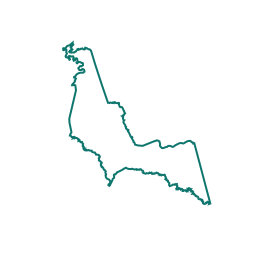 Matupá, Mato Grosso, Brazil (Natural Earth projection), rotated 70°
{"feature_id": "56859067B29352512721224", "entity_name": "Matupá", "entity_type": "district", "adm_level": 2, "iso_a3": "BRA", "parent_name": "Brazil", "parent_adm1": "Mato Grosso", "projection": "natural_earth1", "projection_center": [-54.414, -9.981], "detail": "fine", "context": "isolated", "style": "outline", "palette": "teal", "viewbox_px": 256, "rotation_deg": 70, "n_neighbors": 0, "source": "geoboundaries", "source_scale": "gbopen_adm2", "svg_char_len": 5885}
<svg xmlns="http://www.w3.org/2000/svg" viewBox="0 0 256 256"><g transform="rotate(70 128 128)"><path d="M165.0,70.9L164.9,72.1L163.6,72.1L163.1,73.1L161.9,73.5L161.4,73.9L160.9,75.4L160.8,77.3L161.5,81.0L161.3,81.7L160.3,83.0L159.9,85.0L160.4,89.4L161.0,91.0L161.0,92.6L159.3,94.4L158.7,95.9L158.6,96.3L159.1,97.7L158.9,98.6L158.9,101.9L158.4,103.0L156.3,104.0L155.1,103.9L153.8,103.2L152.7,103.3L151.5,103.0L150.3,103.9L149.4,105.3L149.6,106.3L149.4,107.4L149.8,120.3L147.8,124.6L146.1,127.0L143.7,127.0L142.8,127.7L141.9,127.3L139.1,128.0L138.2,127.1L137.5,127.5L137.2,128.4L132.3,128.7L131.1,129.2L130.5,129.2L130.4,128.6L130.1,128.3L128.1,129.9L127.6,130.0L127.1,130.0L126.3,129.4L125.6,129.9L124.5,129.6L121.5,130.4L120.4,130.0L119.5,128.9L119.2,129.4L118.7,129.6L116.3,129.3L116.1,128.9L115.6,128.7L115.1,129.1L115.2,128.4L114.9,128.0L114.4,128.3L113.3,125.7L111.5,126.1L110.8,125.8L110.4,126.1L107.7,126.2L106.3,126.6L106.0,127.6L105.3,128.5L102.7,128.5L101.6,127.9L101.2,128.1L101.0,129.6L100.0,131.4L99.5,131.3L99.1,131.8L99.2,132.3L99.6,132.7L98.9,133.2L99.3,133.7L99.2,134.2L98.0,135.9L98.2,136.9L97.8,137.2L97.5,138.2L78.1,137.8L57.1,137.1L42.8,136.3L42.2,136.5L41.0,137.1L40.6,138.1L38.7,139.6L37.9,140.7L38.3,141.0L38.9,140.6L39.3,142.0L38.9,143.0L37.6,143.6L37.7,145.3L37.3,145.7L37.6,146.2L37.6,147.8L37.2,148.1L36.7,147.9L36.6,148.4L37.3,148.9L37.5,149.9L38.4,151.0L38.3,151.7L38.6,153.1L38.1,153.8L37.8,155.5L37.5,155.9L36.9,155.9L37.0,156.8L36.3,157.2L36.0,156.5L35.5,156.2L35.4,155.6L35.8,155.1L35.2,154.7L35.5,154.2L35.2,153.4L33.3,154.2L32.5,154.3L32.0,153.8L32.1,153.0L31.6,152.9L31.6,152.4L31.0,151.6L31.1,151.0L30.8,150.8L29.5,151.2L28.9,150.9L30.3,154.7L30.1,156.9L31.5,159.3L31.4,160.4L30.9,161.4L31.2,161.8L32.5,162.2L32.9,161.8L32.7,159.8L33.0,159.3L33.5,159.1L35.6,160.1L37.0,159.9L39.2,162.1L40.3,162.0L41.3,160.5L42.1,160.0L43.8,159.7L43.7,159.1L41.8,159.1L40.5,159.5L40.3,159.1L40.3,158.2L41.5,156.8L41.8,155.2L43.1,154.9L44.4,156.0L46.2,156.0L46.2,154.6L45.2,154.2L44.8,153.3L44.8,152.7L45.5,152.1L48.7,152.8L48.8,153.9L49.0,154.1L49.4,153.9L49.8,153.7L49.1,151.5L49.9,150.1L50.9,149.5L51.3,148.5L51.9,148.3L53.7,148.9L54.1,150.8L53.5,151.5L53.5,152.0L54.3,153.2L54.6,154.0L54.9,154.3L56.9,153.9L57.6,151.6L57.0,151.0L57.1,150.4L57.6,149.8L58.2,149.4L59.6,149.4L60.2,149.7L60.7,151.1L59.8,153.5L59.6,155.6L60.0,157.9L61.3,159.6L61.5,161.1L62.1,161.4L62.5,160.8L63.7,160.0L64.9,161.2L65.0,161.7L66.0,161.9L66.5,162.4L68.0,165.4L68.7,165.9L69.0,164.9L68.8,164.4L69.9,162.9L74.8,164.0L99.2,180.0L103.1,181.2L112.7,182.6L114.6,184.8L115.1,185.1L115.2,184.6L117.2,184.0L117.6,183.0L117.9,183.2L118.3,182.6L118.6,182.9L118.5,182.2L118.9,181.5L118.5,181.8L118.2,181.3L119.0,180.9L119.4,181.2L119.4,180.4L119.9,179.5L120.5,179.0L121.2,179.0L122.2,178.5L122.0,178.1L122.4,178.0L122.5,178.8L123.1,179.0L123.0,178.2L123.2,177.8L123.7,178.2L124.8,177.3L125.2,177.3L125.4,176.9L125.3,176.6L125.7,176.4L125.6,176.0L127.2,175.9L127.6,175.6L128.4,176.3L129.0,176.2L129.3,176.6L130.1,176.1L130.4,176.6L131.5,176.1L131.9,176.5L132.2,176.0L132.4,176.9L132.9,176.9L133.6,175.9L134.0,176.2L134.4,175.9L134.7,174.9L134.5,174.5L135.1,174.2L135.0,173.0L135.8,171.9L136.1,171.9L136.9,169.8L138.4,169.8L139.8,167.5L140.2,167.6L141.0,167.1L142.0,167.2L143.2,164.8L143.6,164.9L144.4,164.3L144.9,164.5L145.2,164.3L146.0,164.8L145.9,165.2L146.5,165.9L147.5,165.9L148.5,166.4L149.4,165.8L149.8,165.3L150.4,165.3L151.4,164.5L152.3,165.0L152.4,165.7L152.8,165.9L153.5,166.2L154.0,165.9L154.4,166.2L155.7,166.1L156.0,165.9L156.0,165.3L156.9,165.2L157.2,164.9L159.0,164.9L159.4,164.3L161.1,163.7L161.9,164.5L164.2,164.4L164.5,164.6L164.6,165.2L166.5,165.6L168.3,165.2L169.9,163.5L171.5,162.9L173.4,163.4L174.5,165.7L175.0,166.0L175.5,165.7L176.0,165.2L175.5,164.5L171.9,160.7L171.0,160.1L170.4,159.3L170.2,158.3L169.5,157.8L167.4,157.4L166.9,156.8L167.3,155.6L166.7,154.8L166.3,153.8L165.8,153.3L165.9,152.4L165.3,147.2L164.8,146.0L164.8,144.6L164.6,143.8L164.7,143.4L165.7,142.7L166.6,141.5L167.7,139.1L167.6,138.2L169.3,136.0L169.5,134.6L170.2,134.1L169.9,133.7L170.4,133.4L170.7,132.3L171.1,131.9L170.8,130.7L171.1,130.1L172.6,129.6L173.1,128.7L174.0,128.5L175.1,128.8L175.2,129.2L175.9,128.7L176.0,128.2L177.0,127.1L176.8,125.8L177.7,124.5L177.3,123.0L177.8,122.8L177.9,121.4L178.3,121.5L178.6,121.1L178.9,121.3L179.3,121.1L179.3,120.3L179.7,120.2L179.6,119.0L179.9,118.8L179.7,118.3L180.1,117.6L180.1,117.0L179.7,116.5L180.7,115.2L181.8,114.6L182.2,114.9L182.6,113.9L183.0,114.1L183.0,113.6L183.9,113.0L183.5,112.2L184.1,111.4L184.4,109.6L185.1,109.4L185.6,109.7L187.1,109.3L187.7,109.6L188.1,109.4L188.4,109.6L188.9,110.4L189.7,109.9L189.6,109.3L190.5,109.3L191.2,108.5L192.1,108.9L193.8,108.0L195.7,108.9L196.1,108.6L196.9,108.6L196.9,106.0L196.2,104.7L196.5,104.9L196.9,104.3L196.9,103.6L197.4,103.3L197.0,102.4L197.4,101.3L198.2,101.8L199.0,101.4L199.7,101.9L200.1,101.7L200.5,101.8L201.5,103.3L201.8,102.9L201.7,102.3L202.0,101.8L202.5,101.8L202.7,102.3L202.9,101.8L202.8,100.9L201.9,100.7L202.2,100.1L202.8,99.9L203.2,99.5L204.0,99.4L203.6,98.2L204.0,97.9L204.4,97.9L205.1,97.4L205.9,98.1L206.1,97.7L205.8,97.3L206.0,96.8L206.0,95.5L206.3,95.0L206.6,95.3L207.8,94.6L207.7,94.1L207.9,93.7L206.8,93.3L207.2,93.0L207.2,92.4L205.5,92.6L206.0,91.4L205.5,91.2L205.7,90.8L206.1,90.7L206.8,89.8L206.9,90.2L207.3,90.0L207.7,90.3L209.0,89.8L209.3,90.3L209.8,89.4L209.6,88.9L210.2,88.7L210.4,89.3L211.2,89.0L211.8,89.8L211.9,89.1L212.4,89.0L212.3,88.5L212.7,88.2L213.3,88.3L214.6,87.4L214.9,87.7L215.7,87.2L215.8,86.6L216.5,85.8L217.5,85.7L218.5,86.1L218.9,85.8L219.8,84.7L219.7,84.1L220.8,83.0L221.1,83.4L221.8,83.0L221.7,83.6L222.2,83.5L222.4,82.9L222.9,82.7L224.3,83.3L225.1,82.8L225.6,81.9L225.5,80.3L225.4,79.6L225.1,79.3L224.8,79.7L224.5,78.5L225.5,77.3L226.1,77.5L226.3,77.1L226.7,77.2L227.1,77.6L227.1,76.5L165.0,70.9Z" fill="none" stroke="#0f766e" stroke-width="2"/></g></svg>